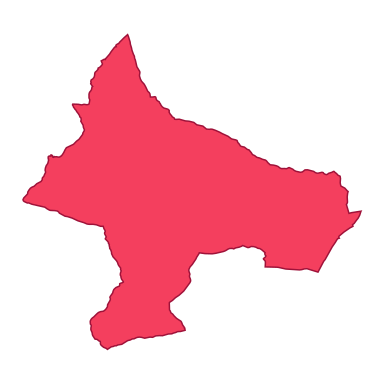 Talea, Prahova, Romania
{"feature_id": "2599482B77158206199320", "entity_name": "Talea", "entity_type": "district", "adm_level": 2, "iso_a3": "ROU", "parent_name": "Romania", "parent_adm1": "Prahova", "projection": "natural_earth1", "projection_center": [25.556, 45.224], "detail": "fine", "context": "isolated", "style": "filled", "palette": "rose", "viewbox_px": 384, "rotation_deg": 0, "n_neighbors": 0, "source": "geoboundaries", "source_scale": "gbopen_adm2", "svg_char_len": 5891}
<svg xmlns="http://www.w3.org/2000/svg" viewBox="0 0 384 384"><path d="M318.0,272.1L323.7,261.3L325.1,259.6L332.2,246.9L335.5,242.1L336.3,240.7L337.6,238.7L339.3,238.2L338.7,237.1L339.1,236.1L344.0,232.0L349.8,228.0L353.0,226.3L352.5,224.7L354.2,223.4L356.5,220.2L358.0,218.4L359.7,215.2L360.9,211.4L361.0,211.2L351.3,212.7L349.0,213.4L346.4,204.5L347.1,203.3L347.5,202.2L347.2,196.9L347.6,193.4L348.1,191.5L347.3,190.9L344.8,188.1L341.0,186.1L340.6,185.0L340.2,182.8L340.5,178.5L340.1,176.2L338.0,175.2L336.6,173.6L334.9,172.3L334.0,171.4L333.5,171.4L332.1,172.2L328.4,173.4L327.5,174.3L326.4,174.6L325.2,174.3L323.8,173.5L323.3,172.7L322.6,172.4L321.9,172.3L318.0,173.2L316.7,173.1L315.2,172.5L313.7,171.4L307.6,169.8L305.1,169.9L304.6,170.1L304.0,170.7L302.4,171.9L300.5,172.3L295.7,171.2L293.9,170.2L292.8,169.2L289.3,167.6L288.5,167.7L287.3,168.4L286.3,168.7L284.3,168.5L281.7,168.6L280.3,168.2L277.9,166.4L276.1,165.7L273.5,165.1L270.2,164.8L267.9,162.7L266.5,160.9L265.5,160.1L262.5,159.3L259.6,158.0L256.8,157.3L254.7,155.6L252.5,154.6L251.3,152.7L249.0,149.9L247.3,149.4L244.4,147.1L241.3,146.4L240.5,146.0L238.9,143.6L237.8,142.5L237.1,140.5L235.8,139.9L232.3,139.1L231.2,138.7L228.1,136.3L222.2,133.6L219.7,132.2L215.6,130.4L212.5,129.3L211.0,129.1L209.2,129.3L206.5,129.1L202.9,126.1L196.8,124.8L193.8,122.4L189.0,121.2L185.3,120.9L179.3,119.2L175.8,119.4L174.6,119.2L174.3,118.1L172.0,116.6L171.6,115.6L170.4,114.4L169.5,112.9L169.1,112.1L169.3,110.8L168.9,110.0L167.9,109.2L163.8,108.0L162.3,106.9L161.1,105.4L160.4,103.9L159.7,103.0L159.2,101.8L157.5,100.8L156.8,100.2L156.2,99.1L155.9,97.6L155.6,97.0L154.9,96.7L152.9,97.0L150.4,97.0L149.9,93.8L149.2,92.6L147.7,91.2L145.8,87.1L144.2,84.2L141.5,81.2L140.4,79.0L139.5,76.0L139.5,75.0L139.9,72.7L139.7,71.4L136.9,66.8L135.3,59.9L134.6,58.3L134.4,56.3L133.3,54.0L131.9,50.0L131.5,47.9L130.4,44.3L130.1,42.0L128.4,36.4L127.6,34.6L124.2,37.6L119.7,42.1L118.6,43.6L117.5,44.0L116.2,44.9L115.9,45.5L115.9,46.2L116.2,46.7L115.0,46.9L114.1,47.8L111.0,51.9L109.6,54.1L105.9,58.4L105.7,58.5L105.4,59.5L105.0,59.5L104.8,59.2L104.3,59.2L101.2,60.9L102.4,63.8L102.3,64.5L100.4,66.7L99.2,67.6L98.2,68.0L98.0,68.5L98.2,69.1L96.6,71.0L95.3,72.1L94.8,73.1L94.5,75.9L94.0,77.4L92.7,79.0L91.3,79.8L90.9,80.9L90.8,81.6L91.2,82.8L90.7,83.3L90.7,83.8L92.6,86.4L92.2,86.6L92.0,87.1L91.5,89.6L90.8,90.8L89.7,92.1L89.4,92.7L89.0,94.1L89.0,97.9L89.8,99.9L89.1,103.9L88.0,104.6L86.7,104.7L84.0,104.3L81.7,104.9L78.2,104.3L72.8,104.1L72.5,104.9L73.2,106.0L73.5,107.1L74.5,108.4L75.1,109.4L75.9,110.1L76.7,111.6L78.2,113.5L79.4,115.4L79.9,117.0L80.8,117.7L81.0,118.3L81.2,119.9L80.8,121.2L83.1,125.2L83.4,127.4L84.4,129.8L84.2,130.7L82.8,133.2L82.7,134.3L79.0,139.3L76.5,141.2L73.5,144.3L66.4,147.7L65.0,149.9L63.8,152.4L62.5,154.5L61.3,156.0L60.4,156.3L59.8,157.0L58.4,157.1L56.2,156.7L54.8,156.9L54.1,156.5L53.7,157.2L53.1,156.9L53.5,157.2L53.4,157.3L52.7,157.0L52.5,156.0L52.1,155.3L51.2,154.9L50.9,155.0L51.1,155.8L50.8,156.1L49.2,156.0L48.3,156.6L48.1,158.1L48.4,158.7L48.4,159.5L48.6,160.0L48.5,160.6L48.3,161.1L48.2,162.1L48.0,162.3L48.0,162.9L47.0,164.7L46.4,165.3L45.4,168.0L45.1,170.2L45.5,171.6L45.5,172.7L44.6,174.3L43.7,176.6L42.9,177.2L42.3,178.1L42.2,179.7L42.0,180.1L41.0,181.5L36.8,183.7L34.2,186.2L31.9,187.2L30.4,188.2L29.0,190.0L27.8,192.0L27.6,193.9L23.8,197.9L23.0,199.6L23.3,200.7L24.1,201.5L27.3,203.0L28.6,202.9L32.1,204.3L44.9,207.2L46.9,208.7L49.4,210.1L50.4,210.4L54.8,210.6L56.7,210.9L57.7,211.2L59.1,212.5L59.3,213.1L65.0,216.2L67.5,216.6L72.2,218.1L77.9,220.8L84.0,222.7L87.0,224.0L89.1,224.3L93.0,224.3L95.0,224.6L96.4,224.8L100.5,226.3L103.2,226.3L104.0,228.8L105.0,230.4L105.2,231.2L105.2,231.7L104.7,232.4L104.6,233.4L104.8,234.1L106.2,236.8L106.0,237.6L105.4,238.3L105.3,238.9L107.6,241.3L108.5,242.6L108.5,243.6L109.3,244.4L109.2,245.7L109.6,247.0L109.7,248.4L110.8,250.0L111.5,252.2L111.6,253.8L112.3,255.2L113.0,256.8L116.4,260.6L117.5,262.4L118.2,264.6L118.9,265.8L120.6,268.0L120.6,269.7L121.2,270.8L120.4,273.3L120.3,275.0L120.9,276.3L121.0,277.4L121.5,279.1L123.3,281.6L123.4,282.0L122.6,282.6L120.2,283.4L119.7,283.8L119.7,285.4L119.3,286.1L116.0,287.5L114.3,289.0L113.7,289.8L113.1,291.2L112.7,292.9L110.2,296.5L109.9,297.3L110.4,298.9L110.1,300.3L107.6,304.7L107.4,306.9L105.6,309.5L103.5,311.2L100.6,311.6L98.4,312.5L96.9,313.8L93.8,316.9L92.3,318.0L91.2,319.2L90.4,320.7L90.2,321.7L90.4,324.1L91.2,325.2L91.3,325.9L90.9,328.0L90.9,329.8L92.1,332.6L92.4,334.7L92.8,335.7L95.0,339.1L97.1,339.4L98.9,340.9L100.2,341.4L100.4,342.2L100.4,343.7L100.7,344.6L101.4,345.5L103.6,347.3L106.3,348.4L107.4,349.4L111.3,346.8L113.2,346.5L114.7,345.8L116.3,345.8L117.7,345.0L121.8,344.3L127.7,340.6L130.2,340.0L132.4,338.9L134.1,338.8L136.1,337.8L137.6,337.3L139.4,337.1L141.4,337.3L144.7,338.2L149.9,337.1L152.7,337.3L155.7,335.9L159.3,335.6L162.5,335.7L168.3,334.0L171.9,333.8L173.4,333.1L175.7,332.5L177.6,331.6L180.4,331.5L185.1,330.3L184.8,328.3L184.5,328.4L184.0,326.8L182.7,325.1L181.5,322.1L180.9,321.2L176.6,318.4L174.1,315.9L172.7,314.1L170.8,312.7L170.4,311.2L169.5,309.9L169.3,302.8L169.6,302.3L172.5,300.4L175.5,297.6L179.0,295.3L183.7,291.1L189.9,282.7L190.6,281.1L190.6,280.1L190.3,278.8L189.5,276.9L189.5,275.7L189.9,274.1L189.0,271.5L188.8,270.3L188.9,269.4L190.0,267.0L192.3,264.4L195.9,259.0L196.7,257.2L199.2,253.3L199.3,252.8L205.0,253.6L212.2,253.8L215.7,253.3L223.5,251.5L225.5,250.7L228.1,249.1L229.5,248.5L232.2,248.4L233.8,248.9L235.6,247.9L239.1,247.2L241.7,246.2L242.7,245.5L247.9,247.6L249.2,247.4L251.1,246.5L253.6,246.6L255.9,247.2L257.9,248.3L259.9,248.6L261.6,249.7L265.1,252.7L264.8,253.5L264.9,254.2L265.1,254.9L265.8,255.7L265.8,256.3L265.2,257.2L263.9,258.2L263.4,258.8L263.6,259.3L264.8,260.5L265.3,261.3L265.4,262.8L265.2,266.9L276.9,267.2L278.6,267.4L285.7,269.0L299.5,269.9L301.9,269.6L304.3,268.9L307.0,268.7L318.0,272.1Z" fill="#f43f5e" stroke="#9f1239" stroke-width="1.5"/></svg>